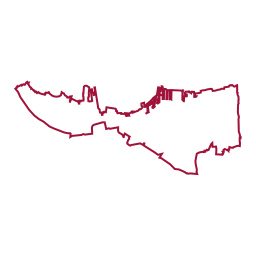 the district of Kota Jakarta Utara, Jakarta Raya, Indonesia
{"feature_id": "22746128B85966169947265", "entity_name": "Kota Jakarta Utara", "entity_type": "district", "adm_level": 2, "iso_a3": "IDN", "parent_name": "Indonesia", "parent_adm1": "Jakarta Raya", "projection": "robinson", "projection_center": [106.852, -6.136], "detail": "fine", "context": "isolated", "style": "outline", "palette": "rose", "viewbox_px": 256, "rotation_deg": 0, "n_neighbors": 0, "source": "geoboundaries", "source_scale": "gbopen_adm2", "svg_char_len": 5697}
<svg xmlns="http://www.w3.org/2000/svg" viewBox="0 0 256 256"><path d="M237.1,85.2L236.2,85.5L234.8,86.6L234.1,86.6L232.3,85.1L231.3,85.4L231.2,85.1L230.5,85.1L229.2,85.7L228.8,86.7L224.4,87.3L224.1,88.8L221.2,88.8L220.5,89.4L218.5,89.7L215.0,90.7L212.7,90.9L212.0,89.1L211.0,88.8L207.0,89.5L205.3,90.1L201.9,90.5L200.7,90.9L200.8,92.5L200.1,92.8L196.8,93.4L195.4,93.4L195.0,94.4L194.9,96.1L196.5,96.2L196.3,96.6L194.8,97.0L194.3,97.0L194.2,96.7L194.3,94.6L194.3,93.9L194.1,93.6L194.1,91.9L191.9,91.7L191.8,92.0L192.2,92.3L191.1,92.6L191.0,93.2L190.4,92.7L190.5,92.3L189.8,92.3L189.4,91.5L187.9,91.4L189.2,91.8L189.1,92.2L187.6,91.7L185.9,91.7L184.7,92.7L184.7,93.6L185.1,93.6L185.1,94.4L185.5,94.4L185.6,94.1L186.8,94.4L186.8,96.1L185.8,96.1L185.8,96.4L184.6,96.4L184.1,96.7L183.9,101.2L183.7,101.2L183.5,100.4L182.8,100.3L182.3,99.6L182.4,98.6L182.7,98.7L182.7,98.4L182.4,98.3L182.4,96.3L182.8,96.4L182.8,96.2L182.4,96.3L182.5,93.7L182.8,93.7L182.5,93.6L182.5,91.4L182.8,91.4L182.9,91.2L182.2,91.2L182.2,90.7L182.6,90.7L182.6,90.4L182.2,90.6L171.5,90.1L171.3,99.4L171.0,99.2L169.9,99.3L170.0,90.1L167.8,90.1L167.5,99.1L166.4,99.1L166.7,90.1L165.8,89.0L164.5,89.0L164.2,89.3L163.9,99.0L162.6,99.0L162.9,87.8L162.6,87.5L162.5,86.5L162.1,86.4L162.1,87.0L161.7,86.7L161.6,89.6L161.3,89.8L161.0,89.8L160.9,88.3L160.7,91.1L160.5,91.3L160.2,91.3L160.3,87.2L160.2,87.9L159.8,87.8L159.6,94.1L159.9,94.7L160.8,94.8L160.8,95.1L159.5,95.0L159.4,102.4L158.5,102.9L158.3,102.7L159.0,99.5L158.2,99.4L157.5,103.3L157.3,103.2L156.8,103.8L157.8,99.3L158.4,97.8L158.7,94.3L157.8,94.2L156.2,95.8L155.7,100.0L155.3,100.4L154.3,106.1L154.0,106.1L154.0,106.6L154.5,106.8L153.9,107.4L153.8,107.0L152.5,107.7L152.3,107.1L152.8,106.7L153.5,104.0L153.5,103.7L153.2,103.6L153.5,103.0L153.2,102.9L150.3,104.6L149.9,104.6L150.0,104.9L148.0,106.0L148.0,108.7L148.2,108.9L148.5,111.8L148.7,112.2L145.5,113.7L147.5,112.5L147.4,106.1L147.6,104.9L153.8,101.0L154.5,97.0L153.1,98.1L152.2,99.3L149.8,101.7L146.8,104.1L146.3,104.6L146.3,106.4L145.5,106.9L144.5,106.9L144.1,102.7L141.4,103.5L141.5,105.9L142.3,106.3L142.4,106.8L142.3,107.6L141.2,108.8L140.1,109.4L139.7,109.2L139.1,109.5L138.1,110.7L134.0,112.2L133.9,111.6L133.6,111.6L133.6,112.4L132.5,112.8L132.1,112.5L131.9,111.5L131.6,111.6L131.8,112.4L129.9,113.1L129.3,113.6L128.8,115.1L129.1,115.7L127.6,115.7L126.8,116.0L126.0,115.8L125.6,114.8L126.1,114.4L127.4,114.9L128.3,114.8L128.8,113.8L128.5,113.4L125.0,113.1L125.0,113.6L124.6,113.8L121.5,113.9L121.5,113.6L121.1,113.6L121.1,113.0L117.6,113.2L117.5,112.5L117.1,112.4L117.0,111.0L116.8,110.8L116.1,110.9L116.0,109.4L115.5,108.7L106.5,107.3L105.9,112.2L104.2,111.7L103.6,113.0L103.1,113.0L102.8,112.2L102.4,112.2L102.2,111.5L102.5,114.8L101.9,114.9L101.5,112.8L100.0,112.5L99.5,109.3L98.4,108.5L98.1,107.3L94.9,87.4L94.4,87.5L95.5,94.6L93.7,95.0L93.4,92.6L92.4,92.8L91.9,89.3L90.6,89.6L92.2,100.9L91.1,101.3L88.5,101.5L88.5,102.0L88.1,98.0L88.4,97.1L88.9,96.7L88.7,96.2L89.0,94.9L88.7,93.4L89.3,87.9L88.7,86.9L88.2,86.8L86.9,85.9L85.7,85.7L84.7,85.9L84.2,86.4L83.9,86.8L83.4,93.5L83.1,93.5L83.2,96.7L83.5,96.9L83.6,99.3L83.4,99.4L83.4,100.6L80.6,100.7L80.6,101.4L80.4,101.4L80.4,100.7L79.4,100.7L79.3,103.6L79.1,103.6L78.9,103.6L79.0,102.1L78.3,102.1L78.3,101.1L76.6,101.1L71.4,98.6L69.7,102.6L70.2,100.4L69.9,100.2L70.0,99.9L70.1,99.6L70.6,99.5L71.6,96.3L70.0,96.5L69.7,97.3L69.3,97.5L68.4,97.3L68.0,97.7L67.6,97.6L67.8,97.1L67.0,96.8L67.3,96.0L66.9,96.4L64.9,95.3L63.8,93.3L63.1,93.3L61.7,92.2L60.9,95.2L59.3,96.3L56.5,96.7L54.0,96.4L52.1,95.6L49.5,93.5L48.9,92.2L48.6,92.2L48.1,92.9L45.9,92.6L45.5,93.8L45.2,93.3L44.8,93.4L44.3,94.6L40.0,93.4L38.5,92.2L37.8,93.0L36.6,92.0L36.4,92.5L35.8,91.8L35.3,92.0L35.0,91.1L34.2,90.5L34.0,90.9L33.1,90.0L31.8,88.6L31.5,88.7L31.6,88.4L31.2,87.9L30.9,87.9L30.7,87.4L30.0,87.1L29.2,85.6L28.2,84.2L28.8,82.6L28.0,82.7L27.4,82.0L27.0,82.5L26.8,82.2L26.1,82.7L24.8,84.8L23.5,84.3L21.9,85.5L21.6,84.8L17.8,86.7L17.4,86.2L16.3,87.6L16.5,88.1L15.4,88.8L18.0,91.9L20.4,97.2L29.2,109.9L34.2,115.4L38.8,119.0L43.6,121.7L49.4,126.4L53.7,128.4L64.3,132.5L68.2,133.3L70.1,133.2L70.6,133.6L70.3,137.0L72.0,135.9L81.3,135.0L83.1,134.1L85.0,134.6L92.2,133.7L91.9,127.5L92.7,125.6L94.0,124.8L102.6,122.3L104.7,122.3L106.2,129.0L108.8,128.3L110.0,128.8L118.1,127.3L118.1,130.9L118.6,132.2L119.4,133.0L121.3,133.9L122.5,134.9L123.0,135.8L123.7,137.8L123.8,136.2L124.8,133.6L129.7,136.7L128.9,138.0L129.2,138.9L128.2,140.1L127.2,142.7L127.3,143.7L129.3,145.2L130.2,145.6L131.4,145.0L140.2,143.4L142.1,144.4L143.3,144.2L143.8,144.0L144.4,142.5L144.3,143.9L143.6,145.4L154.1,152.0L158.0,154.8L161.9,153.8L159.5,157.7L161.2,158.1L170.3,164.4L174.8,169.0L179.1,169.5L184.4,171.9L186.6,173.4L187.1,173.2L188.3,173.7L190.2,173.4L197.2,174.0L196.5,171.5L196.8,170.8L196.8,169.3L195.7,164.1L195.4,161.0L196.8,153.7L199.2,152.5L200.9,152.1L202.5,151.8L203.4,152.1L205.0,151.8L204.6,150.7L206.9,150.5L206.9,149.8L208.5,150.0L211.2,144.1L212.3,143.0L212.5,146.8L216.0,146.6L216.4,149.4L216.1,154.3L222.3,154.7L222.4,154.0L222.9,154.0L223.0,153.2L223.3,152.6L223.1,152.3L223.6,152.4L223.7,151.9L223.4,151.8L223.5,151.4L223.1,151.4L223.6,149.8L224.7,149.0L227.9,150.4L228.4,150.9L228.4,149.5L229.2,149.5L229.4,147.1L232.1,147.8L233.0,147.7L233.0,147.4L237.0,146.0L238.4,145.8L239.8,146.1L240.0,142.9L239.7,141.8L239.7,137.8L240.6,138.0L240.6,136.8L240.1,136.2L239.4,133.2L238.8,131.7L238.5,119.2L238.9,117.0L237.9,112.9L237.9,109.8L238.1,104.3L238.6,103.5L238.3,101.0L238.6,100.3L238.5,97.2L238.4,96.4L237.9,95.6L237.4,94.0L237.6,92.7L237.1,92.5L237.2,88.5L237.0,88.0L237.2,87.3L237.1,85.2ZM157.2,93.3L158.4,92.8L159.1,91.7L159.2,87.5L158.1,87.4L157.2,93.3Z" fill="none" stroke="#9f1239" stroke-width="2"/></svg>